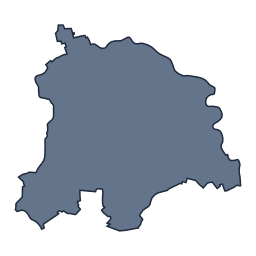 Binh Giang, Hải Dương, Vietnam
{"feature_id": "81297802B56696175700764", "entity_name": "Binh Giang", "entity_type": "district", "adm_level": 2, "iso_a3": "VNM", "parent_name": "Vietnam", "parent_adm1": "Hải Dương", "projection": "mercator", "projection_center": [106.189, 20.876], "detail": "fine", "context": "isolated", "style": "filled", "palette": "slate", "viewbox_px": 256, "rotation_deg": 0, "n_neighbors": 0, "source": "geoboundaries", "source_scale": "gbopen_adm2", "svg_char_len": 5702}
<svg xmlns="http://www.w3.org/2000/svg" viewBox="0 0 256 256"><path d="M41.6,229.2L44.2,228.0L43.9,226.5L43.2,224.3L48.4,220.7L56.2,215.5L58.7,213.7L57.3,212.4L58.4,211.4L59.4,210.7L61.0,211.6L61.9,212.0L63.7,210.9L66.1,212.7L66.9,213.1L68.3,213.5L69.9,213.5L73.8,214.3L75.6,214.5L79.9,209.9L80.4,209.3L79.2,207.8L78.3,206.9L78.3,206.5L78.6,204.9L78.1,204.1L77.6,203.3L77.2,202.5L77.9,202.3L77.8,201.4L78.7,201.2L80.4,200.6L80.1,198.3L79.9,194.0L79.9,190.2L82.2,190.5L92.1,191.4L95.5,191.7L96.1,189.9L96.7,189.2L97.7,188.8L98.9,188.8L102.3,189.2L102.6,190.0L102.8,191.3L102.9,192.4L102.8,194.7L102.6,196.2L102.5,200.5L102.6,202.7L103.1,206.0L103.2,206.4L104.3,207.0L104.7,207.3L104.1,208.0L101.8,209.8L101.6,210.1L101.7,210.5L103.4,212.7L104.5,213.6L105.3,214.2L107.8,216.4L110.3,216.6L110.9,218.6L110.3,219.5L108.4,221.8L107.0,223.1L110.1,224.2L108.2,225.3L107.2,225.9L107.0,226.2L117.0,229.9L118.6,230.5L119.4,230.9L124.3,230.4L125.2,230.4L133.8,228.8L138.5,227.9L138.3,227.0L138.7,226.8L140.2,224.9L140.7,224.1L141.1,222.2L141.5,221.4L142.7,219.6L142.4,219.0L141.4,217.6L139.5,215.3L140.2,214.3L142.9,210.2L147.7,207.0L148.4,206.4L149.4,205.3L150.0,204.3L150.7,201.5L151.6,198.8L152.2,197.7L153.3,196.4L155.4,194.4L156.5,193.8L157.7,193.1L159.4,192.5L162.6,191.6L164.3,191.2L167.6,190.3L168.0,189.6L168.4,189.2L174.2,186.2L176.0,185.4L180.1,183.4L181.1,183.6L181.9,183.8L182.3,182.3L182.7,181.5L184.8,182.2L186.0,182.5L187.1,178.3L193.8,180.0L195.6,180.4L198.3,183.4L199.3,184.5L202.4,187.1L203.2,188.0L204.6,186.4L206.7,183.9L207.4,183.1L208.7,182.7L212.3,182.1L217.2,188.5L220.2,186.1L219.6,184.8L220.8,184.4L222.3,184.1L223.4,186.9L224.8,190.9L225.8,190.9L226.9,190.7L227.5,190.5L228.7,189.8L233.1,187.7L234.8,186.8L235.0,186.6L235.9,185.8L236.4,185.5L237.7,185.4L238.8,185.7L240.6,185.7L240.4,183.1L240.3,180.9L240.1,178.8L240.1,177.8L239.3,173.0L239.1,170.8L239.3,168.3L239.9,164.7L239.7,163.3L238.7,160.6L238.4,160.1L237.8,159.7L237.2,159.7L234.1,160.4L232.0,160.5L230.9,160.4L230.3,160.2L229.6,159.8L229.1,159.1L228.2,157.2L227.7,154.7L227.2,154.5L225.8,155.2L222.6,150.5L221.6,148.6L221.1,147.3L221.2,145.1L222.6,142.0L222.8,140.7L222.8,138.3L222.3,135.8L221.9,134.3L220.8,132.0L220.1,131.1L219.3,130.5L218.0,129.9L216.5,129.5L214.9,129.3L214.1,128.9L213.3,128.0L212.9,127.0L212.8,126.0L213.0,125.3L213.4,124.5L214.2,123.8L215.5,122.8L217.9,121.6L220.3,119.4L221.6,117.7L221.8,116.9L222.0,115.9L222.1,114.3L221.3,111.7L220.2,109.3L219.3,108.0L218.2,107.3L216.8,106.9L213.5,106.4L212.2,106.3L210.8,106.4L208.7,106.4L208.0,106.2L206.7,105.3L206.4,104.9L206.1,104.3L205.8,103.4L205.7,102.0L205.7,101.0L205.9,100.1L206.0,99.4L206.5,98.4L207.2,97.2L207.9,96.5L208.8,95.8L209.9,95.1L210.8,94.7L211.8,94.5L213.5,94.4L213.9,94.2L214.3,93.6L214.9,90.2L214.9,88.4L214.7,87.9L214.2,87.3L213.5,86.9L212.5,86.5L211.4,85.8L210.3,85.1L209.4,84.6L208.2,83.1L206.0,80.7L205.4,80.2L203.0,78.8L201.9,78.3L200.9,78.0L197.5,77.1L195.2,76.7L188.6,75.7L187.2,75.6L184.6,75.8L183.4,75.8L180.1,74.5L179.0,73.9L177.6,73.0L176.3,72.0L175.2,70.9L174.6,70.1L174.3,69.6L174.0,68.8L172.7,64.7L171.2,61.2L170.8,60.4L170.2,59.6L169.6,59.0L168.9,58.4L167.8,57.8L166.6,57.2L162.1,55.2L159.1,53.5L157.7,52.5L156.5,51.4L155.5,50.6L153.6,48.7L152.7,47.9L151.8,47.2L150.3,46.3L147.6,44.9L145.2,44.1L143.9,43.7L142.6,43.4L141.6,43.3L139.8,43.4L138.5,43.7L137.2,43.8L136.0,43.8L135.1,43.6L134.3,43.2L133.1,42.1L132.0,40.9L131.4,40.0L131.1,39.3L130.4,38.3L129.8,37.7L129.2,37.2L128.7,37.2L128.1,37.2L127.3,37.5L125.0,38.7L122.8,39.9L121.7,40.4L120.6,40.8L115.8,40.9L114.8,41.0L113.5,41.3L111.3,41.9L110.2,42.6L109.1,43.4L108.4,44.1L107.4,45.1L106.2,46.9L105.7,47.5L105.3,47.8L104.7,48.1L102.5,48.3L101.5,48.2L100.4,47.9L99.0,47.0L95.6,44.6L94.6,44.1L92.8,44.0L92.0,44.1L91.4,44.3L90.6,44.6L89.7,41.8L89.4,40.9L89.1,40.1L88.7,39.7L87.6,37.5L87.5,37.2L85.8,37.7L85.5,36.3L85.1,35.7L84.8,35.5L83.8,35.6L81.7,36.2L81.5,35.9L79.4,36.5L77.0,37.1L73.6,37.7L72.8,34.5L74.3,34.1L74.0,32.6L72.5,33.0L71.9,30.8L71.2,28.5L64.7,28.7L63.1,25.1L58.3,25.1L57.8,30.5L55.6,33.3L56.3,36.7L57.4,41.4L60.9,41.2L61.6,43.6L61.7,43.9L64.9,43.1L65.9,45.6L66.3,46.9L64.8,47.4L65.3,49.3L65.9,51.0L67.1,54.0L66.1,54.3L64.7,54.5L63.3,54.9L62.0,55.4L60.7,56.1L59.8,56.8L59.1,57.1L57.1,57.7L56.2,58.2L55.2,58.9L54.0,59.9L52.1,61.8L50.6,60.6L49.1,61.8L46.5,64.1L45.8,64.6L46.3,65.3L47.7,67.6L47.3,68.6L46.0,70.9L45.3,71.9L44.6,72.6L42.8,73.9L40.4,74.8L37.3,75.7L36.3,76.3L35.6,77.0L35.3,77.7L35.1,78.3L35.1,79.4L35.5,81.3L35.8,82.1L36.5,83.4L37.2,84.5L38.3,86.3L38.5,87.2L38.6,88.2L38.7,92.2L39.1,96.0L39.6,96.6L40.2,97.3L40.9,97.6L45.0,98.3L46.2,98.8L47.4,99.1L48.3,99.1L49.3,99.4L49.9,100.2L51.2,102.6L52.8,104.4L53.5,105.3L53.6,106.2L53.5,109.1L53.6,111.2L53.6,113.7L53.6,115.9L53.2,117.6L52.6,119.1L51.4,120.4L49.9,121.5L47.9,123.4L47.3,124.7L47.6,126.7L47.7,130.4L47.4,131.4L47.0,132.3L46.7,133.0L46.9,134.0L47.1,134.7L47.3,135.6L47.2,136.3L46.9,137.1L46.4,137.6L45.8,138.2L45.3,138.7L45.1,139.5L45.0,140.6L45.1,144.7L45.0,150.7L45.0,152.7L44.9,154.6L44.9,156.1L44.0,159.9L42.8,161.9L42.1,163.1L39.6,166.2L37.8,168.8L37.2,169.9L36.1,172.5L35.3,172.6L31.9,172.3L30.3,172.2L29.1,172.3L28.5,172.5L28.0,172.9L27.0,173.3L23.4,174.2L22.0,174.8L19.8,176.1L18.5,177.1L21.6,180.1L22.5,180.8L23.2,181.6L24.4,186.1L22.7,186.7L22.5,188.1L22.3,196.4L22.2,197.1L16.6,202.9L16.0,203.8L15.9,204.4L15.9,207.4L15.6,208.9L15.4,209.8L15.7,210.2L16.9,211.1L17.1,211.5L19.3,210.8L20.3,210.5L21.9,210.3L22.5,210.3L23.2,210.4L24.2,210.8L25.1,211.3L25.9,211.9L26.6,212.5L27.3,213.3L28.1,214.4L29.3,216.6L30.7,218.7L31.4,219.3L32.1,219.7L33.1,220.1L34.6,220.9L36.4,222.1L37.2,222.8L38.7,224.3L40.7,227.0L41.1,227.8L41.6,229.2Z" fill="#64748b" stroke="#1e293b" stroke-width="1.5"/></svg>